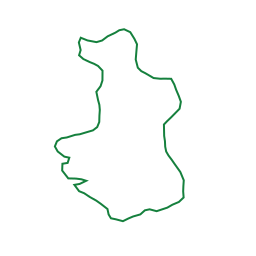 outline of Koroveia, Cyprus, rotated 22°
{"feature_id": "46923920B36797029965158", "entity_name": "Koroveia", "entity_type": "district", "adm_level": 2, "iso_a3": "CYP", "parent_name": "Cyprus", "parent_adm1": "", "projection": "natural_earth1", "projection_center": [34.274, 35.508], "detail": "fine", "context": "isolated", "style": "outline", "palette": "green", "viewbox_px": 256, "rotation_deg": 22, "n_neighbors": 0, "source": "geoboundaries", "source_scale": "gbopen_adm2", "svg_char_len": 1260}
<svg xmlns="http://www.w3.org/2000/svg" viewBox="0 0 256 256"><g transform="rotate(22 128 128)"><path d="M85.1,106.3L89.7,113.2L92.8,117.3L95.1,121.8L96.9,127.3L99.1,133.2L99.1,138.7L96.4,143.3L89.6,148.7L85.6,151.9L81.5,154.2L74.8,159.7L70.2,162.4L67.1,167.0L67.1,172.5L71.6,176.1L79.7,178.4L84.7,177.5L85.1,183.0L80.6,185.7L82.9,192.1L91.5,197.1L98.7,194.4L104.1,193.0L109.0,192.6L104.1,198.0L99.6,200.8L106.3,204.9L111.8,204.9L118.5,206.3L125.7,207.2L131.2,208.5L139.3,210.8L142.4,215.4L146.0,218.1L151.0,217.2L158.2,216.3L162.3,211.7L165.9,208.1L171.8,203.5L174.5,198.0L178.5,195.3L185.7,194.4L194.3,187.1L197.9,182.5L202.9,177.5L205.6,171.6L202.9,166.1L201.1,161.1L199.3,155.6L193.0,149.2L184.4,143.7L180.3,141.0L175.8,138.3L172.2,135.5L169.5,131.4L167.2,126.4L164.5,121.8L160.0,111.3L161.8,106.8L164.1,101.7L168.6,90.8L167.2,83.9L163.2,79.4L158.2,74.4L154.6,70.3L149.6,66.2L143.8,68.4L139.3,70.3L133.0,72.1L123.5,70.7L119.0,70.3L114.5,68.4L109.5,61.6L106.8,52.9L105.0,47.0L100.5,42.9L94.2,38.3L87.4,37.9L83.3,40.6L80.6,44.3L74.8,50.6L71.2,56.6L66.6,60.2L62.1,61.1L57.6,62.0L50.4,62.0L50.4,67.1L54.9,73.5L55.4,78.9L60.8,80.8L68.0,81.2L72.5,81.2L77.0,81.7L82.9,84.4L86.5,93.5L86.9,99.5L85.1,106.3Z" fill="none" stroke="#15803d" stroke-width="2"/></g></svg>